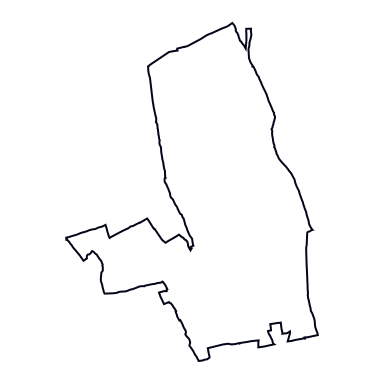 outline of Iana, Vaslui, Romania
{"feature_id": "2599482B62853104405346", "entity_name": "Iana", "entity_type": "district", "adm_level": 2, "iso_a3": "ROU", "parent_name": "Romania", "parent_adm1": "Vaslui", "projection": "albers", "projection_center": [27.554, 46.405], "detail": "fine", "context": "isolated", "style": "outline", "palette": "ink", "viewbox_px": 384, "rotation_deg": 0, "n_neighbors": 0, "source": "geoboundaries", "source_scale": "gbopen_adm2", "svg_char_len": 5992}
<svg xmlns="http://www.w3.org/2000/svg" viewBox="0 0 384 384"><path d="M312.4,229.9L312.1,229.7L311.9,229.1L311.0,227.9L309.2,224.4L308.4,220.1L307.4,217.2L306.4,213.6L306.3,212.4L304.6,208.2L304.1,206.4L303.7,205.5L302.7,201.8L302.1,200.5L299.6,193.6L299.0,191.1L296.6,186.4L295.3,182.8L294.6,179.9L294.0,178.4L293.4,177.6L291.9,174.6L290.7,172.7L289.1,170.9L288.4,169.8L286.0,166.7L282.1,162.6L279.9,159.9L278.8,158.4L278.3,157.4L277.9,156.0L276.6,153.9L276.4,153.4L276.4,152.3L275.5,150.2L275.1,148.4L274.2,147.3L274.5,146.5L274.4,145.5L273.6,143.4L273.0,140.1L272.8,138.2L272.3,135.9L272.0,132.6L272.3,131.6L272.3,131.3L272.1,130.4L271.5,129.3L272.5,127.6L272.5,126.7L273.4,124.1L273.6,122.5L274.2,121.0L275.0,117.6L275.0,116.8L274.9,116.4L274.7,115.8L274.0,114.5L274.1,113.0L273.9,112.5L273.1,111.6L272.3,109.3L269.5,102.7L268.7,101.2L268.0,98.8L266.6,94.6L266.5,94.1L265.8,93.0L265.3,91.5L264.7,90.5L263.6,88.4L261.5,83.8L261.4,83.1L259.1,78.3L258.8,77.1L258.5,76.5L257.8,75.8L256.7,74.1L255.3,70.4L253.7,67.1L253.3,66.8L252.5,66.6L252.8,66.1L252.8,65.8L250.9,63.1L250.0,61.1L249.0,58.1L248.5,49.3L248.8,47.8L249.3,46.2L249.5,42.4L250.5,39.0L251.4,34.7L250.9,31.2L251.0,28.7L246.3,28.8L246.2,30.7L246.4,34.6L246.4,40.4L245.7,48.6L244.1,45.7L242.5,43.6L242.0,43.2L241.8,42.6L241.1,41.5L240.6,41.3L240.1,40.8L239.8,40.4L239.6,39.3L238.8,37.4L238.4,35.4L238.0,34.7L237.8,34.0L237.2,32.8L236.4,32.0L236.1,31.6L235.7,30.2L235.9,29.1L235.5,28.5L235.3,27.3L234.2,25.2L232.3,23.0L227.6,26.3L221.5,28.7L211.3,33.4L209.9,33.8L206.6,35.3L200.6,39.1L188.3,45.7L186.9,46.3L184.9,46.7L184.5,47.0L183.9,46.9L177.2,48.6L177.1,49.4L177.4,50.2L177.5,50.6L175.0,50.9L169.0,52.0L149.6,65.1L149.0,65.9L148.0,66.4L148.2,67.9L148.3,70.4L148.7,73.5L150.0,78.1L152.6,100.4L153.9,108.3L155.3,114.7L155.5,116.0L155.8,116.7L156.2,117.6L156.1,118.5L156.3,119.2L156.1,120.3L156.3,121.3L156.0,121.5L155.9,121.8L155.9,122.1L157.3,124.3L157.4,126.3L157.6,126.9L157.5,128.3L158.0,129.6L158.0,130.9L158.3,132.4L158.4,134.5L158.7,135.4L159.2,139.0L159.8,140.5L159.4,141.4L159.5,144.1L159.8,144.9L160.8,146.9L161.0,147.5L161.2,151.6L161.6,154.4L161.8,155.1L161.9,156.1L162.2,157.4L162.2,157.9L162.1,158.0L163.3,162.9L163.6,165.7L163.8,166.0L164.0,168.0L165.0,171.2L164.9,171.5L165.2,177.0L165.4,177.5L165.0,177.4L164.5,179.6L164.7,181.6L165.2,182.8L166.4,184.4L166.7,185.4L168.4,189.1L169.8,193.0L170.1,193.4L170.1,195.0L170.7,197.1L171.0,197.6L172.7,199.2L173.1,199.8L174.9,203.9L175.7,205.2L177.0,206.9L177.9,209.3L180.1,213.7L180.5,214.0L181.4,214.5L181.9,214.9L182.0,215.7L182.9,217.9L183.6,218.4L185.3,224.9L186.5,227.5L187.4,230.3L189.4,234.9L189.9,235.8L191.8,238.3L192.1,238.9L192.8,243.7L193.0,244.6L193.4,245.7L190.9,246.8L191.7,248.3L190.5,250.3L190.2,249.6L189.8,249.3L188.4,246.6L188.1,245.5L188.0,244.3L187.5,242.3L187.1,241.3L186.3,240.7L185.7,239.8L185.0,239.7L184.4,239.3L183.3,237.7L182.2,237.4L178.9,234.6L176.3,236.4L166.9,241.8L165.8,242.8L164.7,242.1L162.1,239.9L154.6,228.9L154.4,228.7L154.0,228.9L153.1,227.7L149.0,221.1L147.2,218.5L140.9,222.2L139.5,222.9L139.4,222.7L135.0,224.9L133.3,225.9L130.5,226.5L129.7,227.1L128.8,228.0L122.4,231.0L111.4,236.8L109.6,237.9L108.9,236.4L107.5,232.0L106.7,228.7L105.5,224.9L102.3,226.5L98.2,227.6L95.6,228.9L94.3,229.2L92.9,229.3L89.6,230.1L85.9,231.6L81.3,232.8L77.0,234.6L70.5,236.5L68.5,237.2L67.9,237.2L66.2,237.7L66.2,237.9L66.4,239.8L67.2,239.6L67.4,240.1L68.2,240.8L69.2,242.0L70.9,244.4L71.9,245.4L72.3,246.3L73.3,247.8L75.1,249.8L80.0,255.7L83.5,260.8L84.8,260.0L85.8,259.0L86.4,258.9L86.9,258.5L86.8,256.8L87.0,255.5L88.0,254.5L89.2,254.4L90.1,253.8L91.3,252.4L92.0,251.1L93.7,251.8L94.9,253.3L96.8,254.7L98.0,256.7L99.8,259.3L101.2,260.9L101.9,262.8L102.7,264.6L102.3,265.5L102.8,266.7L102.8,270.7L101.4,272.5L101.1,275.8L100.8,279.1L100.9,281.2L102.0,284.2L102.6,287.2L103.3,289.8L103.8,291.9L104.6,293.6L113.0,293.3L116.5,292.9L117.6,292.6L118.1,292.2L120.2,291.7L125.6,291.4L127.8,290.7L130.3,289.6L132.4,289.2L134.7,288.4L139.7,286.4L142.8,286.1L144.2,286.3L145.2,285.7L145.8,285.5L152.5,284.1L154.9,283.9L156.2,283.4L157.9,283.0L160.5,282.7L162.0,282.1L162.5,281.6L162.9,281.9L165.2,284.9L166.9,288.2L167.1,288.7L166.7,288.6L166.8,291.0L166.7,291.2L164.2,291.1L159.4,292.4L159.0,292.6L160.5,296.8L162.4,300.6L163.0,302.0L164.0,304.1L168.9,302.1L169.2,302.7L170.8,303.3L172.4,305.2L173.3,306.8L174.9,309.0L176.1,311.0L175.6,311.3L175.9,312.0L176.0,312.8L176.9,315.0L177.1,316.1L177.5,317.1L179.4,320.5L180.2,320.1L181.2,321.8L182.1,323.5L183.8,327.6L185.8,331.1L185.9,333.0L185.3,334.1L185.6,334.8L186.5,336.2L188.8,338.6L189.3,339.4L190.1,342.0L190.1,343.0L189.5,345.0L189.4,345.4L189.5,345.7L192.7,350.2L193.6,351.7L195.0,354.7L195.9,355.7L196.8,357.1L197.0,357.7L198.2,359.9L198.6,361.0L203.0,360.4L204.0,359.8L206.8,359.4L209.0,358.1L209.6,357.2L208.7,353.2L207.8,348.2L224.1,344.2L224.6,344.3L226.5,343.9L228.6,343.8L231.3,344.4L233.9,344.2L235.9,343.9L239.2,343.1L239.7,343.2L239.8,343.4L240.2,343.0L249.7,341.5L250.0,341.3L258.6,340.4L258.3,343.2L258.4,346.2L258.3,347.3L263.8,346.6L274.2,344.3L273.3,343.7L273.0,343.1L272.7,342.3L272.4,340.6L270.9,337.5L269.7,335.0L269.2,334.6L268.7,333.7L268.0,331.0L271.0,330.4L270.8,327.8L270.3,324.1L276.3,323.2L277.7,322.9L280.3,322.9L280.8,322.7L281.1,325.6L281.5,328.7L282.5,333.3L282.4,333.7L287.0,333.2L288.8,332.2L289.9,331.4L290.1,332.9L287.7,341.4L291.7,340.9L295.0,340.0L302.3,338.7L303.9,338.2L304.2,337.6L304.3,337.6L304.5,338.6L304.9,338.7L305.2,338.4L305.0,337.4L307.4,337.3L317.8,335.1L317.5,333.3L316.9,331.6L316.2,330.0L315.2,326.8L315.0,324.9L314.9,323.7L314.6,320.3L314.2,318.6L312.1,313.0L310.9,311.1L310.7,309.7L310.5,307.9L309.6,305.0L309.6,304.2L309.0,301.9L309.1,301.1L308.9,300.9L308.1,298.0L307.9,296.5L307.9,295.9L307.7,295.2L307.8,294.9L308.0,293.9L307.6,288.2L307.6,284.9L307.4,282.6L307.2,276.5L306.6,264.1L306.2,251.1L306.2,247.5L306.7,245.0L307.1,235.2L307.3,232.4L307.8,232.0L310.0,231.2L311.6,230.1L312.4,229.9Z" fill="none" stroke="#020617" stroke-width="2"/></svg>